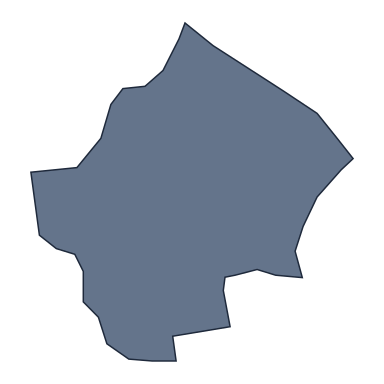 Ablekuma Central Municipal, Greater Accra, Ghana
{"feature_id": "2480657B99533750399286", "entity_name": "Ablekuma Central Municipal", "entity_type": "district", "adm_level": 2, "iso_a3": "GHA", "parent_name": "Ghana", "parent_adm1": "Greater Accra", "projection": "robinson", "projection_center": [-0.239, 5.554], "detail": "fine", "context": "isolated", "style": "filled", "palette": "slate", "viewbox_px": 384, "rotation_deg": 0, "n_neighbors": 0, "source": "geoboundaries", "source_scale": "gbopen_adm2", "svg_char_len": 573}
<svg xmlns="http://www.w3.org/2000/svg" viewBox="0 0 384 384"><path d="M302.3,277.6L295.1,251.2L303.1,226.4L317.1,197.0L331.1,181.2L341.1,169.9L353.1,158.6L337.1,138.3L317.1,113.4L283.1,90.8L213.0,45.6L185.0,23.0L179.0,38.9L163.0,70.5L145.0,86.3L122.9,88.6L110.9,104.4L100.9,138.3L76.9,167.6L30.9,172.2L39.4,235.2L56.3,248.6L74.8,254.3L83.3,271.4L83.3,301.9L98.4,317.2L106.9,343.8L128.8,359.1L152.4,361.0L176.1,361.0L172.7,336.2L230.1,326.7L223.3,290.5L225.0,277.2L235.1,275.2L257.1,269.5L275.6,275.2L302.3,277.6Z" fill="#64748b" stroke="#1e293b" stroke-width="1.5"/></svg>